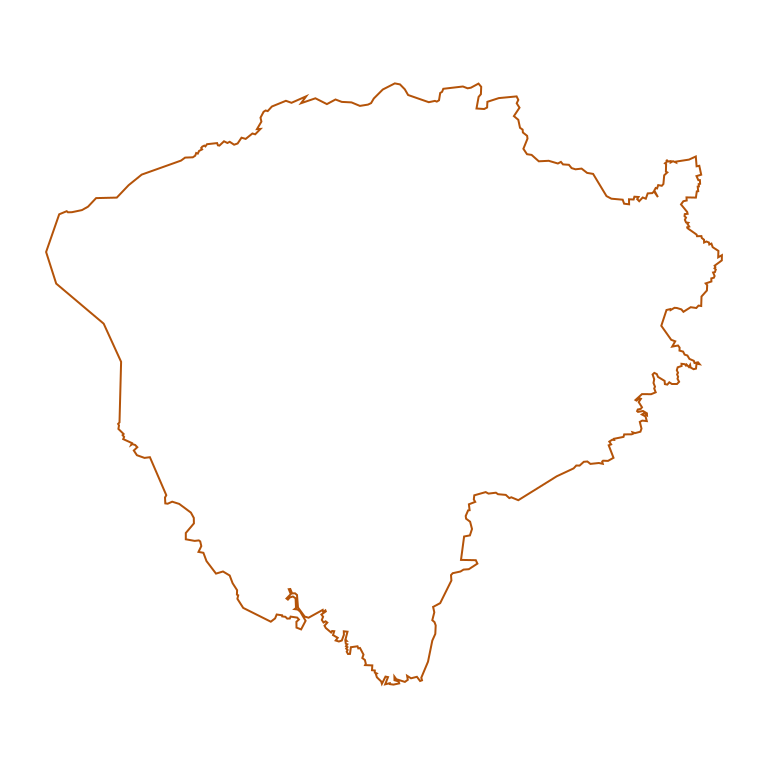 outline of Pampanga, Pampanga, Philippines
{"feature_id": "2640588B20595662599865", "entity_name": "Pampanga", "entity_type": "district", "adm_level": 2, "iso_a3": "PHL", "parent_name": "Philippines", "parent_adm1": "Pampanga", "projection": "albers", "projection_center": [120.654, 15.023], "detail": "fine", "context": "isolated", "style": "outline", "palette": "amber", "viewbox_px": 768, "rotation_deg": 0, "n_neighbors": 0, "source": "geoboundaries", "source_scale": "gbopen_adm2", "svg_char_len": 6096}
<svg xmlns="http://www.w3.org/2000/svg" viewBox="0 0 768 768"><path d="M270.8,621.7L275.1,618.4L276.7,614.5L282.1,615.3L282.2,616.4L285.4,616.8L287.2,618.6L289.8,618.5L290.6,616.6L297.2,617.6L298.9,619.5L296.4,621.8L296.5,627.6L301.1,629.4L305.6,620.8L300.1,611.5L297.6,609.5L294.6,609.1L296.0,608.0L295.6,598.3L292.9,596.5L289.9,597.4L287.9,599.6L286.5,598.5L290.8,594.1L288.8,589.2L290.3,589.0L292.1,593.4L295.0,593.3L297.0,595.0L298.0,607.5L304.7,616.6L308.6,617.7L322.7,609.9L323.2,612.1L325.4,610.4L325.8,611.4L321.4,614.5L323.1,616.8L321.8,619.9L323.5,622.5L325.6,621.3L327.3,622.6L324.5,625.7L325.8,628.0L331.1,632.5L332.1,631.0L334.2,631.2L333.0,635.1L337.7,637.8L335.7,640.5L338.9,641.5L341.8,640.5L343.9,634.8L343.8,631.3L347.5,631.7L345.5,639.4L346.6,640.8L345.4,640.7L345.8,643.7L347.3,644.3L346.0,646.2L347.4,647.1L346.2,648.6L347.6,650.0L346.7,651.7L348.0,654.0L350.0,653.9L350.9,647.2L357.5,646.3L358.3,648.4L360.0,648.0L363.5,654.6L362.3,658.0L364.9,660.0L365.8,663.7L365.1,665.1L372.3,665.4L372.0,670.2L374.8,670.5L374.8,672.6L376.8,673.5L375.9,674.2L376.9,677.3L381.2,681.5L381.9,683.8L385.5,676.6L388.0,677.1L385.2,684.3L389.8,683.2L389.8,684.1L393.5,684.6L399.2,683.4L398.6,681.4L394.5,680.2L394.4,676.6L396.3,679.2L404.9,681.9L407.8,679.8L407.1,675.8L411.0,678.3L416.9,676.8L420.1,681.0L422.0,680.3L421.3,677.7L428.0,661.7L432.3,640.6L435.3,633.9L435.7,625.4L434.5,622.1L432.3,620.2L434.3,612.3L433.1,606.9L440.2,603.1L451.4,580.5L451.0,575.1L452.7,573.2L460.5,571.5L463.5,569.6L468.8,569.2L477.4,563.6L475.8,560.2L461.0,559.9L464.1,536.5L469.9,535.4L472.0,529.0L470.1,521.7L466.1,518.7L465.7,516.0L468.1,510.4L469.6,510.2L468.9,504.3L475.2,501.9L473.8,499.4L474.3,495.3L485.7,492.1L488.5,493.6L495.9,492.7L498.0,494.2L505.8,494.9L509.3,498.1L511.3,497.3L518.3,500.2L556.7,476.3L573.6,468.4L576.3,465.5L579.6,465.6L583.8,461.8L587.4,461.5L590.4,463.9L598.9,463.0L602.8,463.8L602.2,461.5L603.1,460.7L608.0,460.9L613.5,457.8L608.7,445.3L611.1,444.4L609.3,441.6L612.1,439.8L614.2,439.9L613.9,438.8L623.5,436.9L624.2,434.4L631.7,434.3L633.1,433.7L632.5,432.3L635.1,433.1L640.4,431.7L641.5,428.6L639.8,421.9L642.3,420.6L646.8,421.1L645.5,416.4L641.9,414.5L644.3,413.0L647.0,415.2L646.9,413.3L643.0,411.0L638.0,411.9L637.1,411.1L637.8,409.5L640.7,408.9L642.0,407.3L638.7,402.1L640.9,398.8L639.4,398.2L636.5,400.6L635.5,400.0L642.0,394.1L651.1,394.2L655.7,392.3L654.2,388.5L655.0,386.7L653.5,383.0L654.2,379.2L652.6,374.5L654.3,372.9L656.8,374.1L658.0,376.9L664.6,380.9L664.9,384.1L667.3,384.6L669.3,382.3L671.9,384.0L677.0,384.0L679.1,381.8L677.5,378.8L678.1,376.8L677.1,374.4L678.0,372.8L676.8,370.2L677.7,367.3L681.6,366.0L681.5,363.8L684.8,364.2L685.9,365.5L686.5,364.5L688.9,367.0L690.1,364.9L690.6,367.5L693.6,369.2L696.0,368.6L696.5,363.7L699.6,364.2L698.0,362.3L694.5,363.0L693.8,360.8L689.4,358.9L687.4,355.5L684.6,354.6L683.1,351.6L679.5,350.6L679.6,347.6L678.0,345.5L672.2,346.6L675.2,341.3L671.2,339.8L661.3,325.8L666.5,310.0L670.3,309.1L670.5,310.1L674.5,307.8L676.9,308.0L681.4,309.4L683.4,311.8L690.7,307.2L696.3,308.0L698.5,305.6L701.2,306.0L701.5,296.5L706.9,290.5L707.2,285.2L705.7,283.4L711.4,281.5L711.3,278.4L713.9,277.7L714.6,276.0L713.1,272.5L714.9,272.1L715.8,269.5L714.5,268.3L715.4,267.1L714.6,265.7L721.8,260.4L721.9,255.2L718.2,257.3L718.4,250.9L712.7,247.2L711.4,243.6L709.3,244.5L708.9,242.5L706.4,241.5L704.1,242.5L704.0,239.7L701.8,238.0L701.4,236.1L697.0,236.2L696.6,234.6L687.5,228.2L687.2,227.3L689.2,226.6L687.4,223.8L688.3,222.8L686.0,222.4L684.9,219.8L686.0,217.6L684.5,216.1L684.8,214.1L687.6,213.8L687.2,212.0L681.0,204.4L683.4,201.2L686.7,200.5L686.5,197.4L695.9,197.6L696.8,191.4L698.2,191.2L697.7,186.6L698.9,186.4L698.7,184.1L700.1,183.8L699.9,180.1L698.3,180.1L696.5,176.1L701.2,174.7L699.3,165.8L696.6,166.3L695.8,156.5L689.0,159.6L676.0,161.6L676.2,162.6L673.0,161.2L670.6,162.5L670.6,161.1L668.2,161.5L666.4,159.8L667.0,161.6L665.0,163.3L666.1,164.0L665.9,171.6L667.3,172.4L664.2,175.3L663.4,184.0L661.8,185.8L658.2,185.1L657.1,188.4L655.7,188.0L654.3,190.5L657.9,197.1L654.0,191.4L652.3,193.1L647.7,193.4L645.8,198.7L642.7,197.5L639.2,201.2L637.2,199.1L638.5,197.0L634.4,196.7L633.6,199.5L629.0,199.3L629.1,204.3L624.1,203.7L622.7,199.7L611.4,198.7L606.5,196.1L593.1,173.9L587.1,172.9L581.6,168.6L575.5,169.3L571.6,168.1L568.9,164.8L563.0,164.4L560.9,161.9L557.9,163.5L548.7,160.8L538.8,161.3L531.6,154.9L527.0,154.2L523.4,148.8L527.5,138.6L527.1,135.8L522.9,132.5L522.6,129.6L520.0,127.8L518.3,119.8L513.9,116.1L519.5,107.7L516.7,103.3L518.3,99.9L516.6,96.4L498.8,98.1L487.4,101.8L487.1,107.5L484.2,109.0L476.5,108.5L478.6,96.9L480.9,94.2L481.2,86.8L478.5,83.6L470.9,87.7L467.6,88.3L462.9,86.5L443.3,88.8L442.1,91.8L440.2,93.0L439.0,100.3L436.8,101.6L434.9,100.9L428.8,102.2L408.1,95.0L404.8,89.3L400.0,84.4L394.8,83.4L382.8,89.5L373.8,98.5L371.1,103.1L368.0,104.6L359.9,105.9L351.5,102.4L341.8,101.9L335.5,99.5L326.9,104.1L315.4,98.3L301.1,103.2L306.2,96.3L291.5,102.8L285.9,100.8L271.9,106.5L267.7,111.1L265.6,110.5L263.6,111.8L260.5,117.7L261.4,121.6L257.0,129.1L260.5,128.9L255.2,134.3L252.4,133.5L245.7,138.9L241.5,137.7L237.6,143.5L234.1,144.7L229.7,141.8L227.4,143.0L224.0,141.3L219.4,145.6L217.9,145.3L217.1,143.1L207.0,144.2L205.4,146.4L204.3,145.6L202.3,146.6L201.2,148.0L202.1,149.4L199.1,150.9L197.8,153.6L196.2,153.0L195.2,155.7L192.8,157.3L185.1,157.6L181.0,160.6L141.7,174.6L128.6,185.2L116.8,197.6L96.1,198.1L88.0,206.7L81.9,210.1L71.9,212.2L68.0,212.3L66.7,211.2L59.2,214.3L46.1,252.0L56.2,283.6L103.7,323.7L121.1,361.8L119.5,422.4L118.1,423.9L119.0,425.4L118.4,428.9L123.6,434.0L122.6,435.1L124.1,436.9L123.2,439.1L132.0,443.1L131.2,444.9L132.4,444.1L135.2,445.0L137.3,447.2L133.8,450.5L136.9,455.2L144.5,457.9L149.9,457.2L166.3,495.2L165.0,497.5L165.3,503.4L167.7,503.7L172.2,501.7L179.2,503.9L190.9,512.6L193.8,517.9L193.9,523.4L185.8,533.0L185.8,539.3L194.7,540.9L198.8,540.4L200.2,541.4L201.3,546.1L198.5,551.9L203.4,552.8L206.5,561.1L216.0,573.6L223.0,571.5L229.7,575.5L232.6,583.2L237.1,590.2L236.9,594.6L238.2,595.3L237.4,598.8L243.2,607.9L270.8,621.7Z" fill="none" stroke="#b45309" stroke-width="2"/></svg>